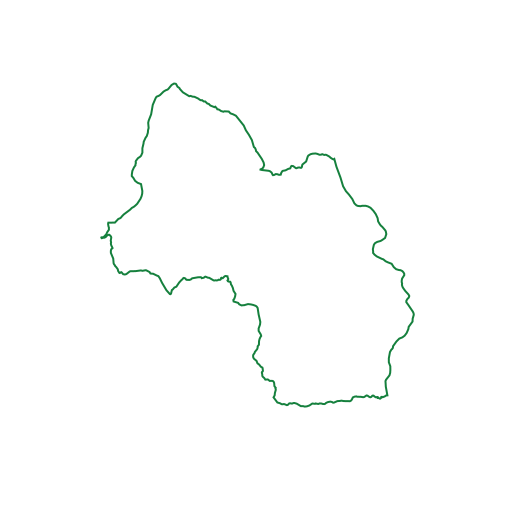 the district of Barichara, Santander, Colombia, rotated 146°
{"feature_id": "7082276B84209220800631", "entity_name": "Barichara", "entity_type": "district", "adm_level": 2, "iso_a3": "COL", "parent_name": "Colombia", "parent_adm1": "Santander", "projection": "mercator", "projection_center": [-73.205, 6.646], "detail": "fine", "context": "isolated", "style": "outline", "palette": "green", "viewbox_px": 512, "rotation_deg": 146, "n_neighbors": 0, "source": "geoboundaries", "source_scale": "gbopen_adm2", "svg_char_len": 6094}
<svg xmlns="http://www.w3.org/2000/svg" viewBox="0 0 512 512"><g transform="rotate(146 256 256)"><path d="M373.9,357.0L372.5,356.6L371.3,355.9L369.8,355.8L367.9,356.3L366.2,356.0L365.8,355.7L365.4,354.3L365.4,352.9L365.7,352.2L367.8,350.0L368.6,348.2L369.5,347.3L370.0,345.9L370.5,342.8L372.3,342.5L373.5,341.4L374.6,339.7L375.8,333.7L378.1,329.6L378.3,328.7L378.2,326.9L378.4,326.4L378.1,325.2L378.0,322.4L378.7,320.5L378.7,318.3L378.4,318.0L377.3,318.1L376.6,317.8L376.3,315.2L375.1,314.0L373.6,313.5L369.4,313.8L368.4,313.5L364.5,310.9L359.5,308.4L358.4,307.2L355.6,306.0L355.0,305.5L353.2,302.2L353.3,300.5L351.2,298.8L349.2,295.3L348.2,293.9L348.2,291.3L348.9,286.3L349.4,277.7L348.7,272.6L348.3,272.2L347.5,272.3L344.8,274.8L343.8,274.8L341.3,275.5L339.2,275.1L334.5,277.0L331.1,277.8L330.2,277.8L328.7,278.3L328.1,278.2L327.5,277.5L327.1,276.7L327.2,275.9L326.9,275.1L324.6,273.4L323.2,273.0L321.4,273.2L316.0,270.8L314.1,269.6L313.6,269.3L313.3,268.5L313.4,268.0L311.5,267.2L309.9,267.3L309.4,267.1L308.0,264.9L307.0,264.1L304.8,259.5L304.1,258.9L303.1,258.5L302.4,257.8L301.3,257.3L300.3,257.3L299.4,256.5L298.8,256.3L298.2,256.4L297.2,257.3L296.7,257.2L296.5,256.5L296.0,256.2L293.4,256.7L292.3,256.4L291.0,255.1L291.4,254.5L291.8,252.5L292.5,251.9L293.3,251.7L293.4,250.8L292.9,250.0L291.8,249.1L291.8,248.3L292.6,246.5L292.6,244.9L293.1,242.3L294.1,239.7L294.2,236.0L295.9,234.2L297.9,232.7L299.4,232.2L300.0,230.8L297.0,227.1L296.9,225.3L295.6,223.1L294.0,222.3L293.5,221.9L289.5,220.6L287.3,218.7L285.7,217.0L284.1,214.8L283.7,213.6L283.7,212.0L286.5,206.1L289.3,198.9L291.0,196.9L294.4,194.4L295.7,192.4L295.9,188.4L296.4,186.8L297.9,186.2L299.6,185.1L301.1,183.7L303.2,180.8L305.1,180.2L306.0,179.0L307.2,178.1L310.6,177.1L311.4,176.4L313.5,175.6L314.2,174.9L314.9,173.7L315.1,172.7L315.1,171.8L314.2,168.8L314.8,166.2L314.1,164.3L313.9,161.5L313.1,159.9L313.4,159.0L314.5,156.9L315.2,156.5L315.8,156.5L316.4,156.0L317.1,154.2L317.8,153.1L317.9,152.2L317.4,150.2L317.4,148.3L315.3,147.1L315.0,146.5L314.5,144.8L312.4,143.4L311.8,142.6L311.7,141.8L312.0,140.5L313.5,137.8L313.4,135.6L313.9,135.4L314.4,134.0L316.9,131.9L318.5,130.0L320.5,129.0L320.2,122.6L318.5,120.6L317.6,118.8L316.7,118.1L315.7,117.7L315.3,117.3L313.8,115.1L312.9,114.8L310.8,115.2L309.8,114.6L309.2,113.9L308.4,113.4L307.3,113.2L306.4,112.7L304.8,110.8L302.8,106.5L301.0,105.3L299.8,103.9L297.9,102.9L295.3,102.2L291.8,102.2L289.7,100.4L289.0,100.4L287.9,99.2L286.9,98.4L285.7,98.2L284.1,97.0L283.5,96.1L282.1,95.0L281.1,94.8L280.3,95.0L279.2,94.9L277.9,94.6L275.8,93.7L274.6,92.4L274.2,91.4L273.5,90.9L269.7,90.2L267.3,88.8L266.2,88.4L264.3,86.6L259.3,83.1L258.0,83.0L256.8,83.4L254.8,84.6L253.0,84.3L251.3,83.5L250.9,82.8L247.9,80.7L246.1,79.0L245.1,78.6L242.4,78.6L241.6,77.8L241.0,76.1L240.3,75.0L239.1,74.7L237.8,75.1L237.0,74.9L236.5,74.2L236.5,73.6L235.7,71.9L234.3,71.3L234.0,71.0L234.5,70.2L233.7,69.7L233.2,68.6L232.8,68.3L231.7,68.4L230.9,69.1L230.3,68.8L230.0,68.1L227.9,67.6L226.1,67.6L225.0,67.0L221.5,75.0L218.6,79.9L217.4,80.7L212.1,82.4L210.1,84.1L208.4,86.3L206.3,89.5L205.3,93.6L203.1,96.9L198.6,101.5L196.1,102.7L195.1,102.8L193.9,103.3L192.8,104.6L187.4,106.6L183.4,107.4L180.2,106.7L177.4,106.8L174.2,107.9L170.6,110.2L169.0,111.9L162.9,114.1L161.2,116.4L158.1,119.0L157.4,120.4L157.1,122.1L157.1,129.8L157.2,133.7L156.4,134.8L154.6,135.7L152.6,136.1L151.3,137.1L151.1,138.8L151.8,143.5L151.9,146.9L151.8,148.5L151.2,150.4L150.2,151.6L149.8,152.9L148.7,154.4L147.5,155.6L143.8,157.2L143.0,158.5L142.9,159.9L143.1,161.6L144.1,163.4L145.4,164.5L147.2,166.7L148.0,169.7L147.9,173.7L150.4,177.3L151.5,179.2L152.3,182.0L153.3,183.3L156.1,188.1L157.0,190.9L157.2,193.1L156.5,194.0L155.3,196.3L152.1,199.3L150.8,199.9L150.0,200.1L147.6,199.9L144.3,198.8L142.2,198.7L138.9,198.8L135.7,201.3L134.6,203.9L134.5,205.1L135.0,209.5L135.5,211.4L135.6,213.0L135.4,216.4L134.0,219.4L133.3,223.7L133.4,227.8L134.1,231.9L135.4,234.4L137.0,236.3L139.8,238.2L141.6,238.9L143.5,240.5L144.4,241.8L145.0,244.6L144.3,249.4L144.6,255.1L145.2,259.4L144.8,265.1L142.1,273.8L139.4,285.0L136.8,292.7L137.7,292.7L138.4,293.8L139.2,295.7L139.6,297.4L141.1,300.4L141.6,301.0L142.9,301.6L144.2,303.4L145.4,303.6L146.8,304.5L148.0,306.3L149.3,307.7L151.9,309.2L153.9,309.9L156.4,310.0L157.4,309.6L161.6,306.3L166.2,305.9L166.8,305.6L167.9,304.4L168.7,303.9L169.4,303.9L170.7,305.3L172.0,305.9L173.3,306.1L173.8,306.5L174.9,309.7L176.0,310.7L176.8,310.7L178.6,309.5L180.6,310.2L183.6,310.5L186.2,311.6L186.8,311.6L188.6,310.8L190.0,309.6L191.5,310.4L192.7,312.0L193.9,312.9L195.5,313.0L196.7,313.5L196.8,314.1L196.4,316.4L197.0,318.4L197.8,319.5L202.9,323.9L204.0,325.1L203.8,325.3L202.6,325.0L201.6,325.0L200.2,325.5L198.4,326.8L197.4,329.3L196.9,333.3L196.9,340.9L197.3,342.9L196.7,344.3L196.4,346.0L196.8,347.6L194.6,354.4L194.1,360.5L194.1,365.9L193.2,371.0L194.2,383.5L195.7,386.2L197.4,388.5L197.8,391.0L200.6,393.1L201.5,393.7L202.3,393.8L203.9,395.7L204.7,397.8L205.4,398.8L206.0,399.2L206.0,401.0L206.3,402.6L207.2,402.6L209.7,406.3L210.1,408.5L211.1,409.6L211.7,412.5L212.9,413.3L213.6,415.4L214.5,415.8L215.2,416.9L215.9,418.9L218.0,422.4L219.5,423.6L220.7,425.3L222.0,425.8L225.1,432.6L225.7,436.8L225.6,438.2L226.4,440.2L226.1,443.1L226.2,443.6L227.5,444.8L230.3,445.0L235.0,443.6L236.2,443.4L238.3,443.9L240.7,444.0L245.5,443.1L247.3,443.2L248.8,443.6L249.9,443.5L251.1,442.9L257.1,439.0L263.7,432.1L269.2,428.3L270.9,426.7L273.4,422.2L275.1,420.7L276.8,418.6L279.5,416.5L281.4,415.8L285.2,413.5L286.4,412.1L289.9,408.9L292.4,405.2L295.2,403.4L296.6,403.1L299.2,403.1L302.4,402.0L303.2,401.3L303.5,400.3L304.6,399.5L305.2,398.6L307.6,397.7L310.9,395.7L313.3,393.1L314.3,391.7L314.0,389.4L314.2,385.9L313.2,382.9L311.1,379.9L313.9,373.4L315.5,371.3L317.5,369.5L319.8,368.0L325.3,365.7L327.6,365.3L329.8,365.1L332.0,365.3L334.6,364.8L342.4,364.4L345.2,363.8L346.3,363.4L347.5,363.3L349.4,363.7L354.3,362.6L359.8,366.2L360.7,365.3L361.8,362.9L362.0,361.9L363.3,360.0L365.9,359.0L368.0,357.7L371.2,357.0L372.2,357.0L373.7,357.9L374.0,357.7L373.9,357.0Z" fill="none" stroke="#15803d" stroke-width="2"/></g></svg>